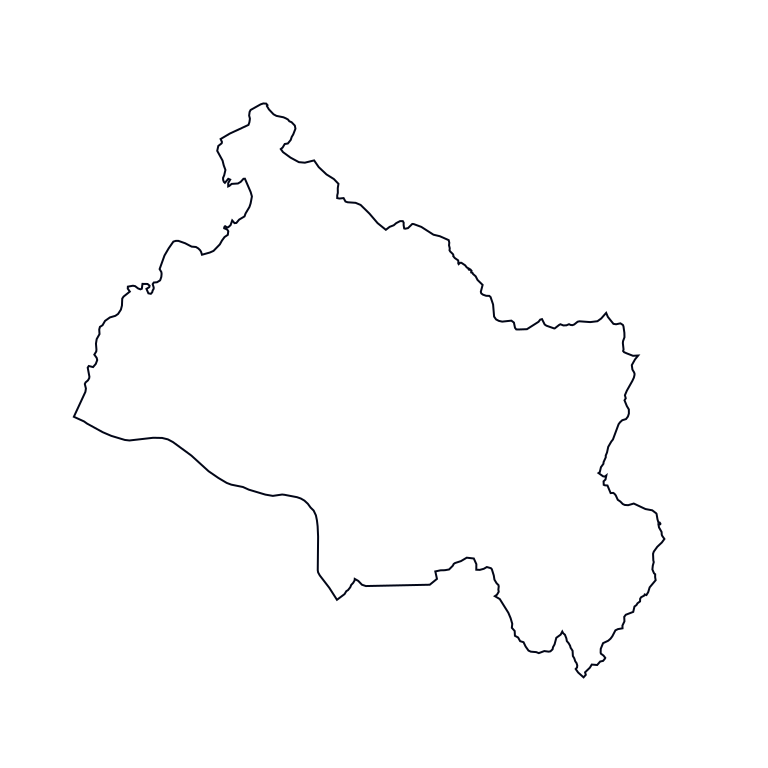 Berzasca, Caras-Severin, Romania (Mercator projection), rotated 9°
{"feature_id": "2599482B58781170815213", "entity_name": "Berzasca", "entity_type": "district", "adm_level": 2, "iso_a3": "ROU", "parent_name": "Romania", "parent_adm1": "Caras-Severin", "projection": "mercator", "projection_center": [22.089, 44.68], "detail": "fine", "context": "isolated", "style": "outline", "palette": "ink", "viewbox_px": 768, "rotation_deg": 9, "n_neighbors": 0, "source": "geoboundaries", "source_scale": "gbopen_adm2", "svg_char_len": 6137}
<svg xmlns="http://www.w3.org/2000/svg" viewBox="0 0 768 768"><g transform="rotate(9 384 384)"><path d="M82.8,464.9L93.6,467.9L97.0,469.6L113.7,475.6L122.8,477.9L136.8,479.8L141.4,479.6L164.5,473.2L173.3,472.0L179.2,472.5L184.7,474.4L204.9,484.8L224.4,497.6L235.1,502.7L244.1,506.3L248.9,507.3L260.8,507.8L267.0,509.5L284.1,511.8L291.7,511.9L300.7,509.1L303.0,509.0L315.8,509.4L319.7,510.1L323.6,511.6L327.5,514.2L330.8,517.5L334.3,520.0L337.3,524.4L339.1,529.2L340.7,534.9L342.8,545.1L347.7,578.3L348.4,580.4L350.5,583.1L361.8,593.8L371.3,604.5L377.9,597.7L379.2,594.5L380.7,593.2L382.5,590.0L383.0,587.7L384.7,585.2L385.7,582.6L385.6,581.1L389.4,582.5L393.6,585.7L397.7,586.4L460.6,575.1L466.8,568.2L464.0,561.1L468.9,559.2L473.2,558.4L477.3,557.0L480.4,552.7L481.0,550.8L482.2,549.7L487.7,546.9L492.9,542.6L500.0,542.3L503.4,547.5L504.2,553.0L507.7,552.6L511.5,550.9L514.2,548.7L518.4,549.2L519.5,550.1L522.4,556.0L523.7,560.0L526.4,563.2L528.5,564.7L529.0,566.1L529.1,569.1L529.8,571.3L528.5,574.5L526.7,576.2L532.0,578.3L542.6,590.5L545.7,595.5L548.2,600.8L548.4,604.8L551.7,607.5L552.7,612.2L556.1,613.4L558.7,616.7L562.2,617.2L564.9,621.1L568.4,624.7L570.9,625.4L576.3,625.0L579.0,625.6L584.1,622.7L588.5,622.6L590.2,622.0L592.0,619.7L592.1,617.5L593.2,614.5L593.9,607.7L597.7,603.9L598.8,600.6L600.0,602.2L601.9,603.3L603.9,606.7L604.8,609.3L607.0,611.2L608.8,613.5L609.5,615.2L612.0,618.0L613.1,623.1L614.8,625.1L616.3,628.0L617.8,629.5L618.9,631.7L619.0,633.8L617.9,635.5L620.9,638.6L627.0,642.5L628.8,639.7L627.7,637.3L631.7,632.0L633.1,628.6L638.5,628.2L640.9,624.3L643.7,623.2L645.2,620.6L645.4,619.9L643.3,617.9L640.4,616.4L640.0,615.4L639.5,611.7L640.9,605.7L645.6,602.5L647.6,600.1L649.0,597.4L651.1,591.1L653.4,589.5L657.8,588.0L657.3,585.3L658.6,580.8L657.7,576.4L658.9,574.1L665.8,570.1L666.2,564.6L667.9,562.9L668.7,560.9L670.9,558.7L670.6,556.0L671.3,554.4L674.2,552.2L674.4,551.1L676.2,551.4L677.5,548.3L678.2,543.3L683.0,535.3L682.0,532.3L681.6,529.5L680.3,528.7L678.1,525.2L677.9,521.4L678.3,517.7L677.6,516.1L676.3,509.6L676.7,507.3L679.4,502.0L683.2,497.1L685.2,493.2L682.5,490.4L681.9,489.4L681.3,486.7L678.1,482.7L677.0,479.7L678.5,479.5L678.8,479.3L678.8,478.6L677.9,477.7L676.6,477.6L675.3,474.9L673.5,469.6L673.0,469.1L668.7,466.8L661.8,466.6L649.4,463.0L644.1,465.5L640.7,465.8L638.6,465.2L635.8,463.1L633.0,461.8L630.3,457.7L628.7,456.3L627.4,455.7L624.9,456.3L620.6,449.3L618.0,449.5L616.8,449.2L616.1,445.8L617.7,443.7L617.9,439.5L616.6,440.9L614.8,440.9L609.8,438.4L610.9,437.3L611.3,432.2L613.2,428.5L613.1,426.8L614.5,421.7L614.2,420.0L615.0,416.7L615.3,411.0L617.5,405.3L618.8,403.0L622.0,387.0L623.1,384.9L625.0,382.5L628.5,380.8L630.0,378.0L630.5,374.9L629.8,370.8L627.3,367.8L624.1,362.5L625.0,360.3L623.7,357.4L624.9,352.6L628.8,342.1L629.8,338.6L630.0,336.0L629.9,334.8L629.2,333.4L627.1,330.9L625.8,326.6L628.1,320.4L630.6,316.1L625.5,317.2L618.7,315.7L616.1,315.0L615.0,314.0L615.2,312.4L613.5,306.2L613.4,304.3L614.2,300.2L613.4,295.8L611.5,289.6L610.7,288.3L608.0,287.1L603.9,288.7L601.2,288.7L594.6,282.7L592.3,279.0L588.3,285.3L585.0,288.6L578.0,290.6L567.2,291.5L565.5,292.2L562.5,295.5L560.9,296.4L559.1,296.5L557.4,296.0L555.0,297.5L552.0,298.1L548.9,297.4L547.7,298.3L544.0,302.3L543.4,302.5L535.3,301.0L533.4,300.1L529.9,295.2L528.2,296.0L526.9,298.4L516.6,307.5L508.4,309.1L506.1,309.4L504.6,308.0L502.7,303.0L499.9,301.5L491.0,303.9L487.6,303.7L484.6,302.7L482.2,300.2L479.3,288.4L475.7,281.5L474.2,280.5L471.1,280.9L467.8,280.3L465.9,279.3L465.2,277.8L465.9,270.7L460.1,266.6L457.7,263.3L454.7,261.4L454.0,260.4L452.7,260.2L452.5,259.7L452.8,258.6L451.7,257.6L450.2,257.9L449.8,257.6L450.2,256.9L447.5,255.9L445.6,254.1L441.5,252.2L440.3,252.4L439.0,253.9L438.4,253.0L438.4,251.9L437.9,250.3L434.2,248.5L432.4,246.9L432.4,245.9L431.7,244.9L428.7,242.8L427.8,241.7L427.7,239.6L426.5,236.8L426.4,234.3L425.4,231.8L416.0,229.3L409.5,228.8L396.3,223.0L388.3,221.4L386.9,221.5L383.3,226.3L380.6,227.3L379.6,227.2L378.5,223.9L378.2,221.6L377.1,220.2L374.4,220.6L370.9,223.2L368.8,225.7L365.0,227.9L361.7,231.4L352.5,226.1L343.0,218.0L332.9,210.8L327.6,209.5L319.6,210.2L317.4,209.8L315.0,206.7L310.9,207.8L308.7,207.7L308.3,204.9L308.5,202.5L307.7,197.7L307.7,193.4L302.4,189.4L294.4,186.0L285.6,180.0L280.0,174.1L271.2,177.8L265.2,178.2L256.2,175.0L248.0,170.8L245.3,168.1L246.9,166.3L248.4,162.5L251.4,161.5L253.7,157.5L254.2,154.4L255.3,151.7L256.6,145.7L255.5,142.7L251.8,139.9L249.4,139.3L247.8,137.8L245.6,137.0L243.0,136.3L235.8,136.0L232.7,134.9L227.4,130.8L224.8,127.7L225.3,126.8L223.8,125.5L220.9,125.8L218.4,127.1L209.4,134.2L208.7,136.3L208.8,140.0L210.0,142.7L210.1,143.9L210.1,146.6L209.6,149.3L192.5,160.8L184.3,167.6L186.1,170.3L186.0,171.7L183.1,174.8L182.8,179.8L189.6,188.6L191.5,193.1L193.9,197.4L193.5,202.9L192.8,205.6L193.2,207.6L194.2,209.4L195.4,210.2L198.1,205.7L200.1,206.2L198.7,209.9L199.2,213.2L200.3,212.5L202.2,210.2L208.4,208.8L210.9,206.7L213.1,203.3L214.5,203.0L222.3,215.3L224.2,219.4L224.0,226.5L223.4,230.2L220.6,237.2L220.0,240.3L215.2,244.3L213.0,248.0L211.2,248.5L208.5,246.2L207.6,251.1L205.7,253.5L204.3,253.8L202.4,253.0L202.0,253.4L201.7,254.3L201.8,255.2L204.9,255.9L206.3,257.5L206.4,261.1L203.5,263.8L201.5,267.7L200.0,271.8L194.8,279.2L191.4,281.4L184.0,284.8L182.6,282.0L181.4,280.6L179.3,279.1L176.8,278.1L172.5,278.4L165.6,276.1L158.5,274.8L156.0,275.2L153.7,276.3L150.1,283.7L147.1,291.4L144.4,305.6L146.6,308.3L147.1,310.0L147.3,313.0L146.8,316.0L146.6,316.7L143.9,319.0L140.7,319.8L139.9,321.6L141.4,324.6L141.6,326.0L140.9,327.8L140.7,329.7L139.6,331.4L137.1,331.3L134.5,327.2L137.0,325.1L137.1,323.6L134.8,322.2L129.8,322.9L129.9,327.8L128.6,328.6L126.2,328.1L122.9,326.3L120.7,326.2L115.8,327.9L116.0,329.9L118.5,332.5L113.1,338.4L112.1,340.6L112.9,347.5L112.5,351.7L110.4,356.4L108.0,358.7L102.9,361.1L98.6,365.3L96.8,370.0L94.5,372.0L94.2,374.7L95.2,379.2L93.2,384.6L93.2,389.2L94.6,395.0L94.7,396.9L93.3,400.3L96.1,403.1L97.0,405.2L96.2,409.2L94.0,412.8L89.6,412.4L88.8,414.2L91.9,422.9L91.9,424.5L91.0,426.8L89.0,429.1L88.5,430.8L90.3,435.1L90.3,438.5L82.8,464.9Z" fill="none" stroke="#020617" stroke-width="2"/></g></svg>